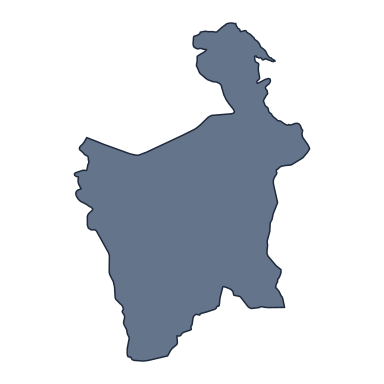 an SVG outline of Potosí
{"feature_id": "BOL-1939", "entity_name": "Potosí", "entity_type": "Department", "adm_level": 1, "iso_a3": "BOL", "parent_name": "Bolivia", "parent_adm1": "", "projection": "robinson", "projection_center": [-66.321, -20.376], "detail": "fine", "context": "isolated", "style": "filled", "palette": "slate", "viewbox_px": 384, "rotation_deg": 0, "n_neighbors": 0, "source": "natural_earth", "source_scale": "10m", "svg_char_len": 5875}
<svg xmlns="http://www.w3.org/2000/svg" viewBox="0 0 384 384"><path d="M85.7,170.6L86.2,170.5L86.8,169.9L87.0,169.2L87.5,166.9L87.6,165.6L88.8,162.4L88.9,161.5L88.9,161.1L88.6,160.7L88.3,159.7L88.3,157.8L88.2,157.3L87.8,156.4L87.2,155.9L85.4,155.1L84.4,154.3L82.6,152.2L79.8,149.8L79.4,149.0L79.5,147.7L80.2,146.4L82.7,144.0L83.7,142.8L86.8,137.6L103.6,144.3L130.2,153.9L135.6,155.1L138.6,155.2L146.5,152.2L182.3,135.4L194.4,129.4L196.7,127.9L200.9,124.4L207.9,117.5L210.3,116.0L211.7,115.4L224.0,114.4L231.1,113.8L232.8,113.4L233.5,113.1L234.1,112.6L234.3,112.0L234.4,111.4L233.3,109.2L229.0,103.8L226.1,99.5L223.9,94.9L221.2,85.6L220.9,84.9L220.2,84.1L219.3,83.3L216.3,82.0L212.6,81.6L207.5,79.6L205.8,78.4L200.9,74.2L200.2,73.6L199.9,73.2L199.4,72.4L197.3,67.5L196.6,66.3L196.5,65.9L196.5,65.1L196.5,64.3L197.1,61.3L197.2,60.5L197.2,59.4L197.1,57.2L197.1,56.8L197.4,56.3L198.0,55.7L199.2,55.0L200.7,54.0L203.3,52.6L205.0,51.4L206.4,49.7L205.0,49.3L203.8,49.3L203.2,49.2L202.0,48.7L201.4,48.5L199.8,48.5L198.3,48.8L197.6,48.9L196.9,48.7L194.9,47.7L194.3,47.3L193.8,46.7L193.5,46.0L193.2,45.2L193.1,43.7L193.5,37.5L193.9,36.4L197.9,35.0L198.6,34.6L199.3,34.1L199.9,33.5L200.3,32.2L204.3,31.4L205.6,31.2L206.6,31.5L208.9,31.7L212.4,31.6L215.4,32.1L216.0,32.1L216.6,32.0L217.2,31.6L221.8,27.5L226.6,23.9L227.3,23.6L228.9,23.2L231.2,23.0L233.2,23.2L234.5,23.6L235.7,23.5L236.0,24.9L236.8,26.5L237.6,28.0L238.3,28.6L238.9,28.8L239.5,29.2L239.9,29.9L240.3,31.5L240.8,31.7L244.7,30.6L245.9,30.7L247.0,32.4L250.5,34.5L254.1,38.0L254.5,39.1L255.6,40.1L257.6,41.4L259.0,43.3L259.7,44.5L260.4,46.4L261.2,47.4L262.3,48.2L263.2,48.8L265.3,50.7L267.8,55.5L269.6,57.5L270.0,57.7L270.8,57.8L271.2,58.0L271.5,58.2L272.0,58.9L274.0,60.1L274.6,60.3L274.8,60.5L275.0,61.1L273.1,61.6L272.2,61.5L270.9,60.8L266.4,59.2L266.0,58.9L265.7,58.8L265.1,59.0L263.4,59.8L263.1,59.9L262.8,59.9L262.4,59.8L262.2,59.5L261.7,58.5L261.5,58.3L261.3,58.1L260.9,57.9L260.5,57.8L258.8,57.9L258.4,57.8L257.8,57.4L257.5,57.3L256.8,57.2L256.5,57.0L256.4,56.8L256.2,56.3L256.1,56.0L255.8,55.9L255.5,56.0L255.2,56.1L254.9,56.3L254.7,56.6L254.6,57.2L254.9,59.6L254.9,60.2L255.0,60.6L255.2,61.0L255.7,61.7L256.1,62.1L256.5,62.4L257.8,63.0L258.4,63.5L258.6,64.0L258.7,64.7L258.3,67.9L258.4,70.7L259.6,78.0L259.6,78.3L259.3,78.9L258.9,79.5L257.5,80.7L257.0,81.4L256.9,81.7L256.8,82.1L256.9,82.6L257.0,83.0L257.4,83.2L257.7,83.3L258.3,83.1L264.7,79.7L265.8,79.2L268.4,78.6L268.7,78.5L269.0,78.6L269.7,78.9L270.0,79.1L270.2,79.5L270.3,79.9L270.4,80.5L270.4,81.2L270.1,82.0L269.5,83.1L269.1,83.7L268.8,84.1L267.9,84.7L265.7,86.7L265.5,87.3L265.5,87.9L265.6,88.6L265.7,88.9L265.9,89.1L266.8,90.1L267.1,90.7L267.3,91.5L267.4,92.4L267.6,93.4L267.6,93.8L267.4,94.1L266.7,94.9L266.3,95.4L263.8,99.8L263.5,100.7L263.5,101.0L264.6,104.3L265.5,106.1L267.4,107.4L267.7,107.8L268.1,108.4L268.3,109.2L268.6,111.0L268.9,111.8L269.7,112.7L271.3,113.9L272.6,116.1L273.3,116.8L276.1,119.0L276.9,119.9L277.9,120.6L280.5,121.1L281.5,121.7L282.4,122.5L285.9,124.7L287.3,125.2L288.5,124.8L288.9,124.5L289.2,124.6L289.5,125.0L290.8,125.0L295.3,123.4L297.1,123.3L298.6,123.7L299.6,124.6L300.5,126.0L301.2,127.5L301.4,128.9L301.6,128.9L302.0,129.3L302.6,130.2L302.6,130.8L302.5,131.4L302.2,132.5L302.0,133.9L302.1,135.2L302.4,136.5L303.0,137.8L307.9,144.8L309.2,147.5L309.6,148.9L307.1,152.8L302.6,158.0L291.6,164.7L290.6,165.0L284.6,165.6L283.4,165.9L281.6,166.2L280.3,166.8L279.1,167.8L278.1,168.9L277.9,169.1L277.6,169.2L276.9,169.4L276.6,169.6L276.4,170.1L276.4,171.5L276.5,171.8L276.8,173.0L276.5,174.1L274.3,177.6L274.0,178.2L273.4,180.4L273.3,181.1L273.4,183.4L273.6,184.8L277.6,202.6L273.1,214.1L272.9,215.1L272.2,218.9L271.7,220.1L270.2,222.9L269.8,231.3L267.3,240.6L267.2,242.0L267.2,242.9L267.6,244.7L267.0,251.7L267.0,253.4L267.1,253.8L268.1,256.3L276.2,265.8L281.0,269.7L281.0,271.9L281.0,272.5L280.8,273.3L279.8,276.2L279.0,277.7L278.3,278.6L278.0,278.8L277.8,279.3L277.7,279.9L277.5,281.8L277.4,282.4L276.5,283.5L276.1,284.6L275.6,287.6L276.1,288.0L276.7,288.4L276.9,288.7L277.5,289.7L278.2,290.3L278.6,290.8L279.5,292.4L281.0,295.5L281.7,296.6L282.3,297.2L282.9,299.3L284.5,307.2L284.5,307.4L268.1,307.6L265.0,307.3L261.0,306.6L260.5,306.7L259.9,307.2L259.5,307.5L251.4,308.5L249.7,307.9L248.0,306.6L240.6,297.1L239.3,296.3L234.0,295.3L233.7,295.0L233.0,291.7L231.2,289.6L228.7,288.3L223.8,286.6L222.8,286.9L220.0,297.9L219.4,304.2L219.2,305.2L218.8,306.0L218.7,306.1L218.5,305.9L217.7,306.0L217.2,306.3L216.8,306.9L216.4,307.5L216.2,308.2L214.8,309.3L207.1,311.8L200.4,313.7L200.1,314.1L199.8,315.0L199.5,315.1L198.6,314.7L197.4,314.6L196.8,314.3L196.2,314.3L195.4,314.7L194.0,315.9L193.3,317.2L192.9,318.8L192.2,323.8L191.8,325.3L191.0,326.3L190.9,326.9L191.2,328.8L191.2,329.5L190.5,330.0L184.0,332.2L182.5,333.0L181.3,334.4L180.8,335.3L180.0,335.8L179.1,336.1L177.9,335.9L176.9,336.0L177.4,342.2L177.2,343.7L176.6,344.7L172.2,348.4L170.5,350.6L167.6,355.9L149.3,360.2L147.2,360.6L143.1,361.0L134.2,360.4L132.3,359.7L131.9,359.2L130.6,357.1L130.3,357.2L128.1,356.7L127.5,355.7L127.2,354.0L127.2,348.8L129.1,338.8L129.1,337.5L127.3,333.7L126.8,330.4L126.3,329.0L124.0,324.6L123.6,323.2L123.6,321.9L124.6,317.7L124.6,316.4L124.0,314.8L122.4,312.3L122.2,311.5L122.4,310.9L123.1,309.8L123.3,309.2L123.1,307.7L122.4,306.1L121.4,304.7L120.2,303.8L117.4,300.9L116.0,299.5L115.5,298.7L115.2,297.7L114.5,286.7L113.3,281.6L109.7,274.5L109.2,272.1L109.4,255.8L108.6,252.9L96.5,231.1L95.5,230.1L94.3,229.8L91.8,229.9L91.0,229.8L88.4,228.1L87.4,225.3L87.3,216.6L87.8,215.0L88.6,213.7L92.6,209.9L92.6,208.7L90.9,207.1L89.4,206.5L86.7,204.5L80.7,201.4L79.4,200.4L78.1,198.9L76.9,197.1L76.0,195.0L75.8,193.0L76.5,191.2L77.8,190.1L81.1,188.8L78.8,184.4L78.1,182.1L78.1,179.5L78.4,177.6L78.3,176.9L76.3,176.5L74.6,175.2L74.4,174.0L75.4,172.8L82.5,170.4L84.3,170.2L85.1,170.4L85.7,170.6Z" fill="#64748b" stroke="#1e293b" stroke-width="1.5"/></svg>